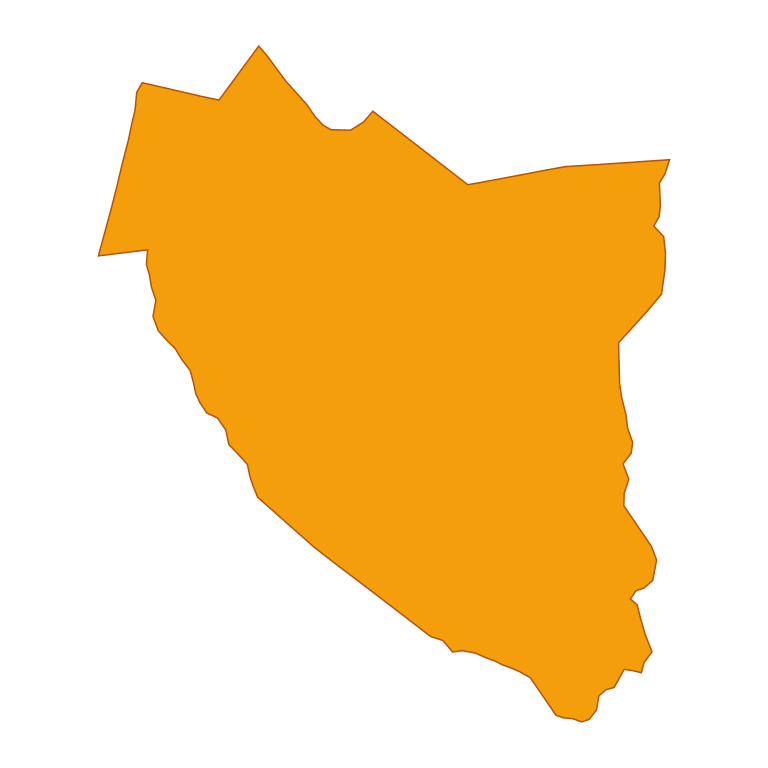 the district of Cacimbinhas, Alagoas, Brazil
{"feature_id": "56859067B79735294491019", "entity_name": "Cacimbinhas", "entity_type": "district", "adm_level": 2, "iso_a3": "BRA", "parent_name": "Brazil", "parent_adm1": "Alagoas", "projection": "equal_earth", "projection_center": [-36.913, -9.453], "detail": "fine", "context": "isolated", "style": "filled", "palette": "amber", "viewbox_px": 768, "rotation_deg": 0, "n_neighbors": 0, "source": "geoboundaries", "source_scale": "gbopen_adm2", "svg_char_len": 1492}
<svg xmlns="http://www.w3.org/2000/svg" viewBox="0 0 768 768"><path d="M258.7,46.1L219.0,100.1L201.5,96.4L142.2,82.7L136.7,92.4L135.1,109.9L131.7,124.2L128.7,138.8L122.0,164.8L117.3,184.7L111.4,208.1L98.4,255.9L147.6,249.8L146.4,264.5L149.4,274.7L151.4,287.0L155.9,300.3L153.0,316.2L158.2,330.7L167.4,340.9L175.3,348.8L182.2,360.1L190.2,370.5L193.2,381.7L195.9,394.1L200.2,403.1L206.9,413.0L217.4,417.9L225.8,430.0L228.9,444.6L238.1,454.1L247.4,464.4L249.9,476.4L253.1,485.9L257.7,497.3L314.6,547.6L337.4,565.3L371.0,590.7L430.6,636.5L442.9,640.5L452.6,652.0L462.6,650.7L475.4,653.1L486.2,657.9L495.0,661.0L502.2,664.8L510.3,667.6L519.4,671.6L530.4,677.8L556.0,715.3L563.7,717.9L572.4,718.6L581.7,721.9L589.2,719.3L596.5,710.0L598.9,695.9L606.0,689.7L614.0,687.5L619.6,677.8L624.1,669.4L632.2,670.5L641.4,672.7L644.0,662.6L652.0,651.8L645.3,634.8L640.9,619.6L637.1,604.8L630.4,599.0L636.0,590.7L644.0,588.0L652.7,580.5L656.6,560.0L651.5,546.5L623.8,505.7L624.2,493.4L628.8,479.2L623.0,463.8L631.2,453.2L632.7,442.4L627.6,428.3L626.0,415.0L621.7,397.6L619.6,383.5L618.8,353.5L618.6,342.7L630.9,329.2L649.4,308.7L661.5,294.1L665.0,269.6L665.5,253.3L663.7,236.7L653.7,226.1L659.1,216.9L660.4,205.6L659.4,183.1L665.0,173.8L669.6,159.7L594.4,164.8L565.3,166.6L546.0,170.1L538.3,171.6L487.8,181.1L478.3,182.9L467.8,184.7L372.8,111.2L363.8,121.8L350.5,130.2L331.0,129.7L322.9,125.1L314.6,116.0L307.0,104.8L285.6,80.9L266.6,55.1L258.7,46.1Z" fill="#f59e0b" stroke="#b45309" stroke-width="1.5"/></svg>